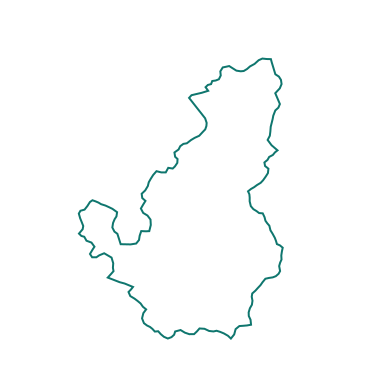 Ibirataia, Bahia, Brazil, rotated 194°
{"feature_id": "56859067B75251017379914", "entity_name": "Ibirataia", "entity_type": "district", "adm_level": 2, "iso_a3": "BRA", "parent_name": "Brazil", "parent_adm1": "Bahia", "projection": "orthographic", "projection_center": [-39.619, -13.995], "detail": "fine", "context": "isolated", "style": "outline", "palette": "teal", "viewbox_px": 384, "rotation_deg": 194, "n_neighbors": 0, "source": "geoboundaries", "source_scale": "gbopen_adm2", "svg_char_len": 2892}
<svg xmlns="http://www.w3.org/2000/svg" viewBox="0 0 384 384"><g transform="rotate(194 192 192)"><path d="M104.3,82.2L106.9,85.4L107.9,88.9L107.7,93.2L106.6,97.1L107.0,101.1L108.7,104.8L109.0,108.1L106.6,111.6L104.9,114.8L103.0,118.2L101.7,121.6L99.8,125.6L96.6,127.2L93.0,128.7L90.3,130.6L88.2,133.6L87.4,136.6L89.5,141.2L89.4,144.7L88.8,148.1L90.0,152.0L90.4,156.2L90.5,159.9L93.8,161.5L97.0,162.0L98.7,164.9L100.5,167.5L103.8,171.1L106.6,173.8L108.8,178.0L111.5,179.9L113.8,181.9L115.5,185.1L118.2,188.4L121.8,187.8L124.8,189.1L128.3,190.2L131.5,192.5L133.8,196.9L134.7,200.6L135.8,203.7L137.8,206.2L135.5,209.2L132.9,211.7L130.6,214.5L127.6,217.5L125.9,220.5L124.2,224.8L122.9,228.7L123.5,233.1L127.4,234.9L128.9,238.2L126.5,241.4L125.6,244.7L122.5,247.5L121.1,250.5L119.1,253.1L126.1,256.6L131.2,260.8L130.1,265.4L130.6,269.6L131.4,274.3L131.4,278.9L131.4,282.4L131.6,285.7L130.9,291.3L128.6,294.7L128.0,298.6L135.1,308.0L131.9,313.8L131.2,318.4L132.8,322.3L135.6,325.0L139.6,326.4L146.0,337.1L147.6,340.0L151.7,339.1L156.0,338.5L159.2,336.0L162.3,331.4L166.1,327.9L168.3,324.7L171.1,321.9L174.0,320.9L178.3,320.5L186.4,323.2L189.2,321.8L192.3,320.3L193.7,315.9L192.3,312.0L193.2,307.9L196.0,305.9L199.2,304.6L199.6,301.3L202.5,299.7L204.2,297.0L200.8,294.1L206.4,290.7L215.9,285.8L217.6,282.6L197.1,266.7L194.5,262.6L194.0,259.5L194.3,256.0L196.4,252.3L198.6,248.3L202.5,245.2L205.5,242.2L208.8,238.0L212.0,236.6L214.5,233.6L215.3,230.0L218.6,226.1L216.9,222.1L214.0,220.5L213.3,216.7L214.8,212.6L216.4,210.1L220.9,209.7L222.2,204.7L226.6,203.6L231.5,203.6L233.8,199.1L235.2,194.9L236.3,191.0L236.3,187.1L237.8,182.2L240.4,178.1L238.8,174.1L235.0,172.1L236.3,168.1L237.6,163.6L234.3,159.9L229.5,158.4L225.6,155.2L224.0,150.0L224.0,143.7L227.3,142.7L231.8,141.8L232.2,136.8L231.8,132.6L233.7,128.5L238.9,126.3L248.6,124.1L251.4,128.7L254.3,133.4L257.7,134.8L260.7,138.3L261.1,142.9L260.5,146.9L259.4,150.0L259.8,154.3L265.1,156.4L268.9,157.2L272.7,157.9L277.3,158.2L280.2,159.1L283.4,159.6L286.6,159.9L288.6,157.6L290.1,153.1L292.0,148.9L295.7,146.8L296.6,143.7L294.2,139.5L291.5,135.8L289.3,132.7L289.1,129.4L291.6,124.3L288.7,122.6L285.7,122.5L282.6,119.2L277.3,118.6L273.4,115.3L274.5,112.2L276.0,107.2L273.1,104.5L269.0,105.5L266.7,108.1L262.4,111.3L254.2,108.9L251.2,103.8L250.4,99.3L249.0,96.2L250.7,92.9L253.0,88.6L240.5,87.0L235.2,86.9L226.3,85.6L227.6,82.7L229.4,79.6L226.7,76.1L221.9,74.6L218.4,73.1L214.9,71.4L211.9,68.8L208.1,67.0L209.9,62.7L209.9,57.3L206.9,53.1L203.4,51.6L200.1,50.9L197.3,49.6L194.3,47.6L191.1,48.7L187.9,46.5L184.2,44.7L180.0,44.0L176.8,46.2L174.8,49.2L174.6,52.6L169.7,55.3L164.9,53.8L160.2,53.4L155.6,54.6L153.5,57.9L151.7,61.4L146.8,62.3L141.8,61.3L137.4,61.9L134.6,63.3L130.9,63.1L126.9,62.5L122.3,61.2L118.8,59.2L116.6,64.0L116.5,69.5L113.6,73.4L110.2,74.5L106.4,75.8L102.6,77.5L104.3,82.2Z" fill="none" stroke="#0f766e" stroke-width="2"/></g></svg>